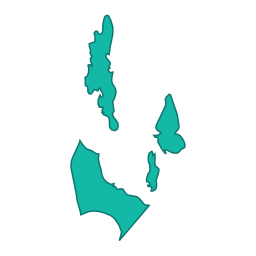 the border of Surigao del Norte
{"feature_id": "PHL-2593", "entity_name": "Surigao del Norte", "entity_type": "Province", "adm_level": 1, "iso_a3": "PHL", "parent_name": "Philippines", "parent_adm1": "", "projection": "equal_earth", "projection_center": [125.751, 9.888], "detail": "fine", "context": "isolated", "style": "filled", "palette": "teal", "viewbox_px": 256, "rotation_deg": 0, "n_neighbors": 0, "source": "natural_earth", "source_scale": "10m", "svg_char_len": 3240}
<svg xmlns="http://www.w3.org/2000/svg" viewBox="0 0 256 256"><path d="M80.8,214.8L80.4,212.0L77.3,200.9L76.9,198.9L76.5,195.0L71.2,168.5L71.0,164.9L71.4,161.3L72.4,158.1L79.5,142.6L80.0,140.6L81.7,143.4L84.2,146.5L87.0,149.1L91.8,150.8L96.0,153.6L98.9,154.0L98.3,158.7L99.4,164.3L101.1,170.0L102.0,175.0L103.4,178.5L106.8,182.2L110.8,184.4L114.0,183.6L113.8,184.3L113.6,185.0L113.4,185.6L112.9,186.4L114.8,186.3L115.9,187.3L116.9,189.1L118.4,189.2L121.5,188.8L122.9,189.1L125.6,193.2L126.9,194.5L128.3,195.1L136.8,196.7L139.5,198.7L144.4,204.6L145.8,205.1L147.6,205.1L149.2,205.5L119.3,240.6L121.0,234.7L121.6,231.6L120.5,229.3L119.6,226.5L118.9,225.0L115.2,219.5L113.9,218.0L111.8,216.3L109.8,215.1L103.7,212.7L98.1,211.3L93.1,211.0L88.4,211.7L80.8,214.8ZM117.9,123.2L118.2,126.6L117.2,129.3L115.0,130.6L111.9,129.9L109.8,127.6L109.4,124.7L109.5,121.4L109.0,117.9L107.6,116.3L103.5,114.7L102.0,112.4L103.5,112.5L103.9,112.4L102.7,111.3L102.1,110.4L102.3,109.4L103.0,108.4L103.0,107.2L99.5,107.3L98.0,104.0L98.3,99.3L100.0,95.0L100.7,96.6L101.7,97.4L102.6,96.8L103.0,94.3L102.6,93.3L100.7,90.2L100.0,88.3L98.9,88.3L98.2,90.7L97.3,90.9L96.0,90.1L94.5,89.5L93.6,90.5L92.5,92.4L91.1,94.0L89.0,93.6L87.9,91.6L87.9,88.9L87.5,86.6L85.5,85.6L85.3,84.6L85.3,79.5L85.0,77.6L87.2,76.2L88.5,72.7L88.8,68.5L88.0,65.3L89.1,64.7L90.2,64.8L91.1,65.5L92.1,66.8L91.6,63.7L90.6,61.0L90.4,58.5L92.1,56.0L91.3,55.5L91.0,54.9L90.7,54.2L90.0,53.2L90.6,50.2L89.4,46.7L89.2,43.8L92.6,42.5L94.4,42.2L95.0,41.1L95.1,36.5L94.7,35.1L94.2,34.1L94.1,33.2L95.1,31.7L95.8,31.2L96.8,31.2L97.7,31.6L98.5,33.9L99.7,34.3L101.0,34.0L102.0,33.2L102.7,31.2L103.0,23.7L104.0,18.9L104.8,16.9L106.0,15.7L107.7,15.4L108.9,16.4L111.0,21.0L112.9,27.5L112.7,34.5L110.0,47.9L109.4,52.9L109.0,54.6L108.5,54.1L107.2,53.9L106.1,54.7L106.0,57.3L107.2,58.9L109.3,61.2L110.4,63.8L109.0,66.8L110.0,68.1L108.3,69.3L108.7,71.3L110.5,72.7L112.9,72.1L111.8,77.5L111.7,80.9L112.4,83.6L114.8,87.5L115.8,89.9L116.0,92.3L115.5,94.8L114.5,97.9L113.4,100.6L112.4,101.7L112.9,103.0L114.0,110.9L112.4,114.1L113.7,117.3L116.1,120.4L117.9,123.2ZM182.9,139.4L184.1,141.8L185.0,144.8L184.7,147.5L181.4,149.2L179.0,151.9L177.8,152.8L176.3,153.2L172.4,152.8L166.7,150.0L164.8,150.0L165.9,154.0L163.7,151.7L161.6,148.7L157.9,142.0L157.8,141.1L158.1,140.3L158.3,139.3L157.9,137.9L157.0,137.3L155.9,137.3L154.8,137.0L153.8,135.3L155.8,135.5L157.7,135.3L159.5,134.4L160.9,132.5L159.2,131.5L157.2,130.0L155.8,127.9L156.3,125.2L165.3,106.2L165.8,104.3L165.8,102.5L165.4,100.8L165.4,99.0L166.4,97.0L169.2,94.3L170.5,95.0L177.2,114.5L178.9,125.1L178.9,127.2L178.2,129.3L175.9,132.0L174.9,133.9L177.7,134.4L179.6,135.3L181.1,136.9L182.9,139.4ZM157.4,167.5L159.0,169.3L158.4,173.4L155.9,180.9L156.6,183.3L156.5,186.4L155.7,189.2L154.3,190.4L152.1,191.1L151.1,191.0L151.9,187.9L151.0,186.8L149.3,186.3L147.9,186.4L147.9,185.1L149.4,185.1L149.9,185.1L149.9,183.6L146.9,180.9L146.9,182.4L146.5,180.6L146.6,178.7L147.9,174.4L148.5,173.0L149.1,172.5L149.6,171.9L149.9,170.1L149.9,168.4L149.7,166.2L149.8,164.9L148.4,161.8L148.2,157.2L149.3,153.0L151.8,151.3L152.7,152.7L153.0,153.8L152.9,155.5L154.3,154.6L154.8,154.0L155.1,157.2L154.8,161.7L155.2,165.8L157.4,167.5Z" fill="#14b8a6" stroke="#0f766e" stroke-width="1.5"/></svg>